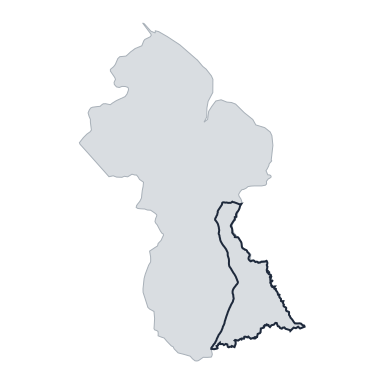 VI-7 Upper Corentyne, East Berbice-Corentyne, Guyana (highlighted)
{"feature_id": "73187651B49855956252830", "entity_name": "VI-7 Upper Corentyne", "entity_type": "district", "adm_level": 2, "iso_a3": "GUY", "parent_name": "Guyana", "parent_adm1": "East Berbice-Corentyne", "projection": "albers", "projection_center": [-57.779, 3.06], "detail": "fine", "context": "in_parent", "style": "outline", "palette": "slate", "viewbox_px": 384, "rotation_deg": 0, "n_neighbors": 0, "source": "geoboundaries", "source_scale": "gbopen_adm2", "svg_char_len": 9512}
<svg xmlns="http://www.w3.org/2000/svg" viewBox="0 0 384 384"><path d="M109.0,176.7L99.3,165.8L89.6,154.9L80.0,144.2L79.4,142.7L83.4,137.6L87.0,134.0L90.0,131.9L91.4,130.1L90.4,122.2L90.4,119.4L89.1,116.3L88.1,112.9L89.3,110.0L90.7,108.0L92.6,107.2L97.1,106.6L100.2,106.3L101.4,105.1L103.2,103.8L105.6,103.7L110.3,104.7L112.5,103.0L116.4,100.6L125.1,96.6L127.1,93.9L128.5,89.9L128.3,87.9L127.4,87.2L125.3,86.5L122.0,86.4L119.3,87.5L116.5,86.9L114.3,84.4L114.1,82.3L115.5,79.3L114.7,77.4L110.4,71.1L110.4,69.4L113.6,66.7L115.4,64.3L117.8,58.6L119.8,56.7L125.9,56.1L127.4,54.9L130.6,51.9L135.2,48.5L141.8,45.8L143.8,40.8L144.9,39.4L150.2,36.8L151.2,35.4L151.0,34.2L142.6,23.0L144.3,23.8L150.8,31.1L154.5,32.7L155.2,32.7L155.3,30.8L158.6,31.6L167.3,36.6L179.9,44.9L197.7,60.4L202.7,66.4L206.1,69.1L211.4,75.9L212.9,79.3L212.8,92.5L208.1,101.4L206.9,108.1L206.7,117.1L204.0,122.2L207.6,119.4L208.7,111.3L211.8,106.4L215.8,101.0L221.1,99.8L226.9,102.1L231.5,102.5L235.6,104.1L244.3,112.7L252.8,119.5L255.8,124.9L264.8,127.7L270.2,132.0L271.9,135.7L272.9,145.4L271.2,160.2L271.7,160.9L269.2,163.8L268.8,165.7L267.2,168.9L266.0,170.7L267.8,174.8L269.8,175.0L270.6,175.5L271.1,176.3L271.0,177.2L270.2,177.9L268.3,178.9L266.4,181.3L266.6,183.9L265.4,185.2L261.7,185.9L254.4,185.9L250.9,186.1L248.0,186.6L246.1,188.2L243.7,189.4L241.9,189.7L240.2,191.6L238.6,194.4L239.1,196.3L240.8,198.8L241.8,201.4L240.5,205.6L239.1,208.8L238.2,211.3L237.1,216.1L234.3,221.3L232.3,224.3L232.3,227.5L233.3,232.1L239.0,238.8L240.9,242.0L242.4,247.1L247.6,251.1L250.8,254.4L250.5,258.7L251.0,260.0L253.0,261.1L255.4,262.0L258.1,261.9L260.6,261.5L261.1,260.9L266.7,260.8L267.4,261.9L267.7,268.1L267.9,270.6L269.3,271.6L270.0,273.2L270.1,274.6L270.4,278.1L271.2,279.9L271.1,283.6L271.6,284.9L273.2,285.9L275.1,288.5L275.9,288.9L276.3,289.8L277.9,293.6L278.8,294.7L279.4,294.9L279.6,296.2L280.8,299.7L281.7,300.6L283.2,303.2L283.9,306.0L285.9,309.2L288.1,311.5L289.0,313.8L291.7,318.9L294.3,322.5L297.9,323.5L300.8,324.0L302.7,325.4L304.5,326.9L302.6,327.5L300.8,328.5L298.4,327.8L295.0,328.1L291.5,329.2L288.2,329.7L282.1,328.1L280.3,327.8L279.0,327.1L276.5,323.9L275.3,323.6L272.0,325.1L268.1,326.1L266.1,325.9L263.9,327.0L261.7,328.4L257.7,334.6L255.6,336.8L253.4,337.8L248.9,337.8L244.1,338.0L240.6,339.5L237.2,340.3L235.5,340.4L235.0,343.8L234.2,345.4L233.1,346.3L230.5,346.6L228.2,346.5L226.8,345.0L224.1,344.3L221.8,343.8L220.3,343.0L219.1,343.2L218.0,344.6L217.2,345.8L216.5,348.1L213.0,348.8L211.4,350.0L212.3,354.2L211.9,355.9L211.2,357.1L206.9,357.4L203.2,357.3L201.1,358.8L198.5,360.6L196.9,361.0L195.0,360.8L192.5,358.8L190.2,356.2L184.1,354.4L178.1,352.9L174.1,348.8L173.2,346.8L171.3,345.9L166.7,341.1L164.1,338.0L161.3,337.1L158.1,335.8L158.2,333.6L158.0,331.4L156.6,330.5L154.7,329.9L154.0,328.7L154.2,325.9L154.6,318.5L154.0,311.5L149.7,309.1L147.9,307.4L144.6,297.0L143.1,292.4L143.0,288.9L144.1,278.5L145.3,274.1L148.7,265.1L150.6,262.0L150.7,259.8L150.6,256.8L149.6,251.1L155.2,247.4L157.6,245.9L158.1,243.5L161.1,240.4L162.4,237.5L163.5,235.2L163.2,233.9L161.9,233.2L160.4,231.0L157.1,224.7L155.9,223.4L155.0,221.7L155.5,218.9L156.8,215.8L156.6,214.6L154.6,212.9L150.6,210.2L147.3,210.0L144.7,209.0L140.9,208.8L137.9,208.5L136.2,207.5L136.5,205.8L137.3,204.5L139.8,201.4L141.5,198.0L141.8,194.7L142.3,190.3L143.1,186.5L143.5,182.2L139.5,179.4L138.2,177.1L136.5,175.0L134.7,175.0L132.0,174.2L127.7,176.8L124.3,176.3L122.0,177.3L116.6,177.1L113.2,175.8L109.0,176.7Z" fill="#d9dde1" stroke="#a8b0b8" stroke-width="1"/><path d="M215.1,219.9L215.7,220.6L216.6,221.8L217.6,223.4L218.0,224.3L218.4,225.8L218.5,226.2L218.8,227.2L218.9,228.6L219.0,229.0L219.2,230.0L219.2,230.6L219.0,231.4L219.0,232.3L218.8,232.6L218.7,233.7L218.8,234.1L219.3,235.0L219.5,235.8L219.6,236.9L220.1,238.7L220.1,239.2L220.2,239.7L220.5,240.7L220.9,241.6L222.3,244.1L223.0,245.1L223.2,245.5L223.8,246.1L224.7,247.3L226.2,249.4L226.3,249.8L226.8,250.7L226.9,251.1L227.6,252.4L227.7,253.1L227.7,254.7L227.8,255.7L228.1,256.6L228.8,258.8L228.9,259.4L228.9,260.0L229.0,261.2L228.9,263.2L229.0,264.6L229.3,266.2L229.7,266.9L230.1,267.4L231.2,269.0L231.6,269.9L231.9,270.3L233.5,273.0L234.4,274.2L235.8,276.7L236.1,277.4L236.5,278.6L236.8,279.1L237.3,280.6L237.9,281.9L237.9,282.4L237.6,283.3L237.0,284.2L236.0,285.2L235.4,286.2L234.7,287.0L233.6,288.5L233.2,289.4L232.8,290.3L232.6,291.2L232.6,293.1L232.7,293.6L233.1,294.4L233.2,294.8L233.4,297.0L233.6,297.9L233.7,298.5L233.6,299.1L233.4,299.6L233.2,300.1L233.0,301.0L232.9,301.5L232.6,302.1L231.3,304.3L230.5,306.0L230.2,306.9L229.8,307.4L228.9,309.6L227.8,312.2L227.3,313.9L226.4,316.3L226.0,317.6L225.7,318.6L225.5,319.1L225.3,320.0L224.9,320.9L224.7,321.9L224.4,323.5L223.6,325.4L222.9,326.6L222.6,328.0L222.0,329.4L221.1,331.6L220.7,332.0L219.8,333.5L218.9,334.6L218.6,335.0L218.3,335.9L217.8,336.7L217.6,337.5L217.0,338.3L216.3,340.5L215.6,341.6L215.0,343.0L213.5,344.7L212.6,346.3L212.3,346.6L211.7,347.3L211.5,347.7L211.3,348.0L211.3,348.9L214.1,349.2L217.0,348.6L217.6,348.1L216.6,346.0L218.0,345.5L218.1,344.4L219.9,342.7L220.1,344.1L222.7,344.0L223.9,345.1L225.8,343.9L227.3,344.4L227.8,346.8L228.8,347.3L230.2,346.6L231.5,346.9L231.9,346.0L234.5,347.1L235.7,343.9L235.6,341.1L234.6,340.5L235.2,339.9L238.1,340.6L240.4,338.9L241.5,339.5L241.9,338.5L243.9,338.7L244.3,336.8L245.1,336.6L247.7,337.3L248.3,336.6L250.8,338.8L254.0,337.7L254.2,338.5L255.3,338.4L256.2,337.6L255.8,337.1L257.1,337.0L257.7,333.9L259.9,333.2L260.6,332.2L260.8,328.5L263.8,327.7L264.3,326.8L263.8,326.2L264.8,325.1L266.3,325.2L266.6,324.4L268.4,325.0L268.3,325.6L270.0,327.1L271.5,325.2L273.9,324.7L275.4,322.9L276.7,323.0L277.8,326.2L279.3,326.6L280.1,328.1L281.8,328.7L282.6,327.7L284.4,327.4L285.6,328.8L290.0,330.1L290.3,331.0L293.6,327.6L295.9,328.2L298.1,326.7L300.1,328.5L304.6,326.7L304.5,326.2L304.1,325.5L303.6,325.3L302.8,325.3L302.4,325.0L301.7,324.4L301.4,323.9L301.2,323.7L300.0,323.4L299.7,323.3L299.3,323.3L298.5,323.4L296.6,323.5L295.0,323.4L294.7,323.1L294.2,322.6L292.2,319.5L290.9,318.1L290.5,317.7L289.8,315.9L289.3,315.4L289.0,314.8L289.0,314.0L289.1,312.8L289.0,312.0L288.7,311.8L287.4,311.4L286.9,311.2L286.5,311.0L286.2,310.6L286.1,310.4L286.0,309.8L286.1,309.2L286.2,308.2L286.2,307.9L286.0,307.6L285.4,307.2L284.1,306.6L283.7,306.3L283.5,305.5L283.5,305.3L283.6,305.0L283.9,304.7L283.6,304.3L283.4,304.0L283.2,303.4L282.7,302.5L282.6,302.1L283.2,301.8L283.4,301.1L283.2,301.1L283.0,301.4L282.9,301.4L282.4,301.2L282.1,301.2L281.9,301.3L281.4,301.2L281.0,301.0L280.9,299.9L281.0,299.1L280.9,298.7L280.5,298.3L280.1,298.1L279.6,297.5L279.4,297.2L279.4,296.5L279.2,296.2L279.2,295.9L279.5,294.7L279.3,294.6L279.2,294.6L278.9,294.7L278.6,294.9L278.2,294.9L278.0,294.6L277.8,293.8L277.6,292.6L276.9,291.5L275.9,290.4L275.7,289.9L275.7,289.6L275.9,289.2L275.9,288.9L275.7,288.8L275.1,288.9L274.7,288.9L274.4,288.8L274.2,288.4L274.1,287.9L274.5,287.1L275.0,286.4L274.7,286.4L273.8,286.9L273.1,287.1L272.8,287.1L272.3,287.0L272.3,286.6L272.5,286.3L272.4,286.1L271.6,286.0L271.3,285.8L271.2,285.5L271.3,284.8L271.2,284.2L270.5,283.2L270.3,282.7L270.3,282.2L270.7,281.9L271.3,281.8L272.0,281.4L272.2,281.2L272.4,280.7L272.2,280.5L271.9,280.5L271.3,281.0L271.0,281.1L270.6,281.0L270.4,280.7L270.4,279.8L270.2,279.0L270.4,278.6L270.8,278.1L270.1,277.6L269.8,277.1L269.9,276.9L270.3,276.7L271.1,276.8L271.3,276.5L271.0,276.0L270.9,275.0L270.7,274.8L270.0,274.6L269.6,274.6L268.7,274.0L268.5,273.7L268.5,273.3L268.7,273.0L269.1,272.5L269.1,272.3L268.9,272.3L268.4,272.7L268.1,272.8L267.6,272.7L267.2,272.2L267.0,271.7L267.6,270.9L267.1,270.7L266.8,270.5L266.7,269.9L266.9,269.3L267.2,267.9L267.3,267.4L267.2,266.9L267.4,266.5L267.3,266.3L267.1,266.1L266.8,265.2L266.8,264.7L267.2,264.2L267.3,263.7L267.4,263.0L267.2,262.1L266.9,261.7L266.7,261.0L266.5,260.8L266.2,260.9L265.8,261.4L265.1,261.6L262.5,261.8L261.7,261.8L261.2,261.9L260.2,262.5L259.5,262.6L258.7,262.8L258.3,262.8L258.0,262.6L257.7,262.0L257.3,261.8L257.0,261.7L256.5,261.7L255.5,262.0L255.2,261.9L254.9,261.5L254.2,260.8L253.5,260.4L252.6,260.5L252.1,260.6L251.5,261.0L250.8,261.3L250.6,261.3L250.2,261.0L250.0,260.7L249.8,260.6L248.9,259.7L248.6,259.1L248.5,258.6L248.7,257.3L249.0,256.6L249.5,255.9L249.7,255.3L249.7,254.9L249.2,253.9L248.4,252.9L247.9,252.5L247.3,251.9L246.9,250.7L246.7,250.4L246.1,250.0L245.3,249.7L245.1,249.6L244.9,249.7L243.5,248.7L243.1,248.6L242.6,248.2L242.2,247.6L242.0,247.1L241.8,246.2L241.6,243.7L241.5,243.2L241.3,242.4L241.0,241.8L239.8,240.0L238.8,238.3L238.4,237.7L238.0,237.3L237.4,237.2L237.0,237.3L234.8,237.1L234.8,235.5L234.5,235.4L234.1,235.2L233.4,234.3L233.0,233.7L232.4,233.0L232.2,232.4L232.3,232.1L232.3,231.7L232.3,230.7L232.1,228.7L231.5,227.3L231.0,226.7L230.8,226.1L230.8,225.7L231.2,224.7L233.1,221.6L234.2,220.0L234.7,219.8L234.7,219.3L234.8,219.2L234.8,217.1L236.3,216.8L236.3,216.5L236.2,215.9L236.0,214.9L236.2,213.9L237.0,212.3L238.2,210.9L238.9,209.7L239.6,208.0L239.7,207.4L240.1,206.0L240.5,205.3L241.4,203.9L241.0,204.0L240.6,204.2L240.2,204.3L239.1,204.2L238.0,203.7L236.2,203.0L235.3,202.7L234.5,202.4L234.0,202.2L233.6,202.2L233.0,202.1L232.6,201.9L232.3,201.7L231.5,202.4L231.1,202.6L230.7,202.8L230.2,202.9L229.2,202.8L228.1,202.9L226.7,202.5L225.6,202.6L225.1,202.6L223.9,202.3L223.0,202.4L222.6,202.5L222.2,202.9L222.0,204.3L221.9,204.7L219.0,209.1L218.7,209.5L218.2,210.4L217.9,210.9L217.7,211.4L217.7,211.9L217.8,212.4L217.4,213.5L217.2,214.9L216.7,215.6L216.4,216.2L215.9,217.5L215.3,218.3L215.2,218.7L215.1,219.9Z" fill="none" stroke="#1e293b" stroke-width="2"/></svg>